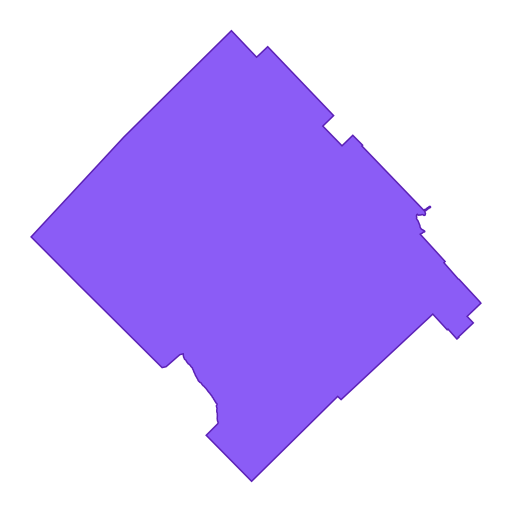 outline of Guaminí, Buenos Aires, Argentina
{"feature_id": "61730980B37938021690792", "entity_name": "Guaminí", "entity_type": "district", "adm_level": 2, "iso_a3": "ARG", "parent_name": "Argentina", "parent_adm1": "Buenos Aires", "projection": "orthographic", "projection_center": [-62.287, -36.903], "detail": "fine", "context": "isolated", "style": "filled", "palette": "violet", "viewbox_px": 512, "rotation_deg": 0, "n_neighbors": 0, "source": "geoboundaries", "source_scale": "gbopen_adm2", "svg_char_len": 3736}
<svg xmlns="http://www.w3.org/2000/svg" viewBox="0 0 512 512"><path d="M479.8,301.8L459.0,279.3L458.2,279.0L443.9,262.7L445.1,261.5L420.2,234.2L421.3,233.5L421.5,233.4L421.8,233.3L422.2,233.2L422.5,233.0L422.7,232.6L423.0,232.3L423.3,232.2L423.6,232.1L423.9,232.1L424.3,232.0L424.7,231.7L424.7,231.2L424.3,230.8L423.9,230.6L423.5,230.3L423.0,230.0L422.5,229.7L422.3,229.6L422.0,229.5L421.6,229.3L421.4,229.2L421.2,229.0L421.2,228.8L421.1,228.7L420.8,228.3L420.5,227.9L420.2,227.3L420.0,226.8L420.0,226.1L419.9,225.6L419.7,225.1L419.5,224.5L419.3,224.0L419.1,223.6L418.9,223.1L418.8,222.8L418.6,222.3L418.3,221.7L418.2,221.2L418.0,220.9L417.7,220.4L417.4,220.0L417.0,219.6L416.7,219.0L416.5,218.5L416.6,218.1L416.7,217.8L416.7,217.4L416.6,216.9L416.5,216.5L416.5,216.0L416.5,215.6L416.6,215.1L416.7,214.8L417.0,214.5L417.4,214.3L417.7,214.6L417.9,214.8L418.2,215.1L418.6,215.2L419.0,215.1L419.4,215.0L419.9,215.1L420.5,215.0L421.0,214.9L421.4,214.8L422.0,214.6L422.6,214.6L423.1,214.8L423.5,215.1L423.9,215.4L424.3,215.4L424.7,215.3L425.2,214.9L425.2,214.4L425.5,213.7L425.3,213.1L425.1,212.5L425.0,211.9L424.7,211.4L424.5,210.8L424.5,210.3L424.9,210.0L425.3,210.0L425.6,210.4L425.9,210.6L426.2,210.4L426.3,210.0L426.7,209.8L427.3,209.6L427.5,209.2L427.9,208.9L428.5,208.6L428.8,208.5L429.0,208.1L429.2,207.9L429.6,207.8L430.1,207.7L430.5,207.3L430.4,206.9L430.4,206.6L430.1,206.4L429.7,206.4L429.3,206.5L429.0,206.7L428.7,207.1L428.2,207.6L427.8,207.7L427.4,207.7L427.2,208.0L427.0,208.3L426.6,208.6L426.1,209.0L425.7,209.2L425.3,209.4L424.8,209.5L424.4,209.6L424.2,209.8L423.9,210.0L423.7,210.2L361.9,146.0L362.6,145.2L352.8,135.3L342.0,145.8L322.8,126.1L333.6,115.6L267.7,46.7L256.6,57.2L231.4,30.7L177.6,83.8L123.9,137.0L93.0,170.3L31.1,236.9L53.5,259.4L78.9,285.0L109.6,315.4L162.1,367.6L166.1,366.7L179.8,354.7L183.2,353.8L183.3,354.2L183.3,354.7L183.3,355.2L183.3,355.7L183.5,356.2L183.6,357.0L184.0,357.7L184.2,358.3L184.5,359.1L185.2,359.7L185.7,360.0L186.0,360.5L186.3,361.1L186.8,361.8L187.1,362.4L187.7,363.0L188.1,363.7L188.8,364.1L189.4,364.6L190.0,365.1L190.6,365.9L190.9,366.5L191.3,366.9L191.7,367.3L192.1,367.6L192.4,367.9L192.5,368.6L192.6,368.9L192.9,369.4L193.4,370.1L193.5,370.8L193.8,371.5L193.9,372.0L194.3,372.5L194.5,373.1L194.9,373.8L195.1,374.5L195.3,375.1L195.7,375.7L196.0,376.4L196.4,376.9L196.6,377.4L196.9,377.9L197.1,378.3L197.5,378.9L197.8,379.4L198.0,380.1L198.3,380.7L198.7,381.2L199.2,381.4L199.6,382.1L200.2,382.5L200.7,382.7L201.2,383.1L201.6,383.7L202.0,384.4L202.4,384.9L202.8,385.3L203.1,385.7L203.6,386.0L204.1,386.4L204.5,386.9L205.0,387.5L205.5,387.9L205.9,388.4L206.3,388.9L206.7,389.4L207.1,390.0L207.7,390.7L207.9,391.0L208.0,391.4L208.5,391.8L208.8,392.2L209.0,392.5L209.5,393.0L209.8,393.2L210.1,393.8L210.4,394.2L210.7,394.5L210.9,394.9L211.2,395.2L211.5,395.6L211.9,396.0L212.1,396.5L212.4,397.2L212.9,397.7L213.2,398.1L213.5,398.7L213.7,399.2L214.1,399.7L214.3,399.9L214.4,400.2L214.6,400.6L214.8,400.8L215.0,401.0L215.0,401.3L215.4,401.7L215.6,401.9L215.6,402.3L215.9,402.8L216.2,403.1L216.6,403.3L217.0,403.9L217.1,404.2L217.0,404.6L216.9,405.0L216.7,405.3L216.4,405.7L216.4,406.1L216.5,406.5L216.6,406.9L216.8,407.6L217.0,408.3L217.0,408.7L216.9,409.3L216.8,409.9L216.8,410.4L216.8,411.1L216.8,411.6L217.0,412.3L217.0,412.6L217.2,412.8L217.3,413.1L217.3,413.7L217.3,414.3L217.3,415.0L217.4,415.7L217.3,416.3L217.3,416.9L217.3,417.4L217.2,418.0L217.2,418.5L217.3,419.4L217.4,420.2L217.5,420.9L217.8,421.6L218.1,422.3L218.0,422.9L217.9,423.4L217.8,423.7L206.2,435.3L251.6,481.3L337.7,396.4L341.1,399.6L432.8,314.1L447.2,329.8L448.0,329.1L456.9,339.0L458.8,337.4L458.4,337.0L473.3,322.9L467.1,316.4L480.9,303.2L479.8,301.8Z" fill="#8b5cf6" stroke="#5b21b6" stroke-width="1.5"/></svg>